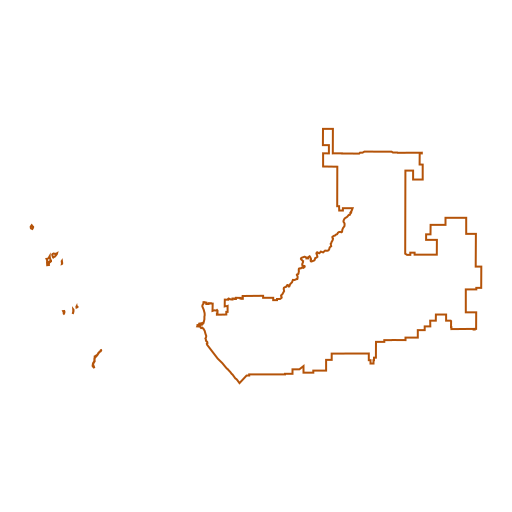 the district of Greater Geraldton, Western Australia, Australia
{"feature_id": "25037944B20957215446412", "entity_name": "Greater Geraldton", "entity_type": "district", "adm_level": 2, "iso_a3": "AUS", "parent_name": "Australia", "parent_adm1": "Western Australia", "projection": "natural_earth1", "projection_center": [114.652, -28.44], "detail": "fine", "context": "isolated", "style": "outline", "palette": "amber", "viewbox_px": 512, "rotation_deg": 0, "n_neighbors": 0, "source": "geoboundaries", "source_scale": "gbopen_adm2", "svg_char_len": 5984}
<svg xmlns="http://www.w3.org/2000/svg" viewBox="0 0 512 512"><path d="M203.5,302.1L203.3,303.9L202.5,305.1L202.3,306.1L202.4,306.6L203.7,309.7L204.6,313.1L204.7,315.1L204.4,316.7L204.4,319.3L203.8,321.9L203.1,322.3L203.4,322.2L203.3,322.5L203.6,322.5L203.5,323.0L203.0,323.3L202.9,323.1L203.2,322.5L203.2,322.4L202.8,323.3L203.0,323.5L202.4,324.0L202.4,324.3L201.9,324.5L201.8,323.9L201.8,324.0L201.6,324.5L201.8,324.4L201.8,324.7L200.1,324.9L200.5,323.9L201.3,323.7L201.2,323.7L201.3,323.5L201.3,323.3L201.2,323.6L201.2,323.3L200.5,323.5L200.2,324.1L199.8,324.3L199.7,324.8L199.4,324.6L199.3,324.2L200.1,324.0L200.0,323.9L200.0,323.5L199.3,323.6L199.3,324.1L198.8,324.7L197.4,325.1L197.5,326.0L197.3,326.4L200.0,326.6L200.6,327.1L200.7,327.7L201.1,328.1L201.8,328.0L202.4,328.2L202.5,327.9L203.4,328.6L204.7,330.9L205.5,333.9L206.2,335.8L206.2,336.5L205.9,337.7L205.4,338.4L205.9,339.5L205.9,340.3L206.2,341.1L206.9,341.5L207.3,342.1L207.4,343.1L207.0,343.4L207.2,343.7L206.9,344.1L207.2,344.9L217.7,358.6L222.3,363.1L225.9,367.5L227.1,368.8L227.9,369.3L228.2,369.8L230.3,372.0L231.7,373.9L232.5,374.5L235.4,378.5L236.3,379.0L237.2,380.0L239.5,383.1L246.6,375.5L249.2,375.5L249.2,374.4L285.0,374.4L285.0,373.8L292.5,373.8L292.5,369.3L299.4,369.3L303.5,366.1L303.5,372.7L313.3,372.7L313.3,370.6L326.1,370.6L326.1,359.9L331.7,359.9L331.7,353.6L368.8,353.5L368.8,360.2L370.5,360.2L370.5,363.5L373.5,363.5L373.5,360.2L374.0,360.2L374.0,357.7L375.9,357.7L376.0,341.9L384.3,341.9L384.3,340.1L391.8,340.1L392.0,340.0L405.5,340.1L405.5,337.6L417.8,337.6L417.8,330.1L424.7,330.1L424.7,326.4L430.3,326.4L430.2,320.7L435.8,320.7L435.9,314.5L446.1,314.5L446.1,320.7L450.7,320.7L451.1,321.1L451.0,327.2L451.4,327.2L451.4,329.1L473.6,328.9L473.6,329.5L474.7,329.5L474.7,328.9L476.1,328.9L476.2,312.3L465.8,312.3L465.8,289.4L476.3,289.4L476.3,287.9L481.2,287.9L481.3,266.6L475.7,266.6L475.9,233.9L466.2,233.9L466.2,217.8L445.5,217.8L445.5,224.9L430.6,224.9L430.5,234.3L426.1,234.3L426.1,239.9L436.9,239.9L436.8,254.7L414.6,254.7L414.6,252.7L410.3,252.7L410.3,254.9L407.1,254.9L405.2,253.7L405.4,170.6L413.1,170.6L413.1,179.5L422.7,179.5L422.7,164.6L419.6,164.5L419.7,153.3L421.8,153.4L421.8,152.7L397.6,152.8L397.3,152.5L392.9,152.5L391.6,151.7L364.4,151.6L362.5,152.7L360.0,152.7L359.2,153.6L341.9,153.5L341.9,153.3L333.9,153.3L332.8,153.4L332.9,128.9L323.0,128.9L322.9,145.1L328.9,145.1L328.9,153.4L323.1,153.3L323.1,166.5L337.3,166.7L337.2,206.2L339.1,206.2L339.2,210.5L342.9,210.5L342.9,208.2L352.6,208.2L351.8,210.4L350.5,212.5L350.8,212.7L351.2,212.3L351.1,212.8L350.7,213.0L349.7,214.9L349.0,214.8L348.6,215.1L347.2,216.8L344.7,218.4L344.0,219.6L343.5,220.9L343.5,221.8L344.3,223.0L344.6,223.8L344.5,225.7L344.4,226.2L343.0,228.1L342.3,229.9L342.1,231.5L341.9,232.0L341.3,232.3L340.4,231.9L339.1,232.0L338.0,232.7L337.1,234.2L335.8,234.7L334.9,235.6L333.7,235.9L332.4,236.9L332.4,237.8L333.0,238.5L333.0,238.9L332.5,240.5L331.6,241.9L331.3,243.0L330.7,243.8L331.2,246.2L329.7,247.4L329.1,249.5L328.4,250.4L327.1,250.8L325.1,250.6L323.1,252.4L320.8,251.6L319.7,252.9L319.2,253.3L318.1,252.9L317.5,252.3L316.9,252.4L316.5,253.0L316.4,253.6L317.0,254.9L317.4,256.8L316.5,257.6L315.2,258.1L314.7,259.9L314.1,260.5L311.5,261.5L310.8,261.3L310.6,260.3L310.7,259.8L311.0,259.5L311.0,259.0L310.3,257.3L309.6,256.3L308.1,257.3L308.1,258.4L306.4,258.4L306.4,257.5L304.6,256.7L301.8,257.7L301.0,258.3L300.9,258.9L301.1,259.3L303.1,261.1L302.9,261.5L303.0,262.2L302.2,264.1L302.3,265.2L302.7,265.7L304.5,266.0L304.7,266.4L304.6,266.9L303.4,267.9L301.7,267.6L300.8,268.4L299.3,268.4L298.9,268.7L298.7,270.1L298.9,271.1L298.4,273.8L298.1,274.1L297.1,274.4L296.8,274.9L297.6,276.4L297.6,277.9L297.3,279.0L296.6,278.9L296.0,279.4L294.4,280.0L292.9,279.9L292.0,282.3L290.2,284.1L289.3,286.4L288.6,286.5L288.2,285.5L287.8,285.0L287.5,285.0L287.1,285.2L286.0,286.9L284.6,287.3L283.9,287.8L283.7,288.9L284.1,291.1L282.3,294.3L281.1,295.4L281.1,296.1L281.7,297.2L281.5,297.9L280.0,299.0L277.0,299.0L277.0,300.1L273.2,300.1L273.2,297.8L263.1,297.8L263.1,295.8L242.6,296.0L242.5,296.7L242.8,296.9L242.8,298.8L241.4,298.8L241.4,298.4L240.3,298.4L240.3,297.9L235.9,297.8L235.9,299.0L234.5,299.0L234.3,298.5L232.5,298.5L232.5,299.5L231.8,299.5L230.6,299.4L228.6,298.5L228.2,298.8L228.2,299.7L224.8,299.6L224.7,306.4L225.8,306.1L227.2,306.2L227.6,306.0L227.6,311.9L226.3,311.9L226.3,314.5L224.2,314.6L216.9,314.7L216.9,313.3L217.5,313.0L217.5,310.6L217.0,310.0L216.3,310.6L214.3,310.3L212.5,310.9L212.7,303.6L210.8,303.5L210.8,303.2L208.6,303.2L208.6,304.0L206.5,304.0L206.3,304.0L206.3,302.6L204.9,302.6L204.7,302.1L203.5,302.1ZM47.0,261.9L47.2,265.2L48.9,265.0L48.8,264.3L49.0,263.9L49.1,263.3L48.9,263.3L49.2,262.4L48.9,262.1L49.4,261.6L50.2,261.8L50.3,261.1L51.0,261.1L51.0,260.5L50.6,260.2L50.2,258.8L49.7,258.1L49.9,257.5L49.7,257.1L49.7,256.1L48.5,258.2L47.5,258.8L46.5,258.9L47.4,261.2L47.4,261.5L47.0,261.9ZM52.9,257.1L53.2,257.5L53.7,257.0L54.6,256.8L55.9,255.4L56.9,254.0L57.1,253.2L56.6,253.5L56.2,254.2L55.6,254.4L55.0,253.7L54.4,253.8L53.7,253.5L52.6,254.0L52.2,254.7L52.9,257.1ZM94.3,361.2L93.0,363.3L92.6,365.8L92.8,366.5L93.3,366.9L93.7,366.9L93.9,367.4L94.1,367.3L93.7,366.0L93.2,365.4L93.2,363.7L94.7,361.2L94.5,360.0L94.8,357.9L97.2,355.3L98.9,352.7L99.8,351.8L100.7,351.3L101.2,350.3L101.1,350.1L100.8,350.2L100.4,351.3L99.5,351.7L99.1,352.4L98.4,352.9L98.3,353.3L97.3,354.8L95.9,355.7L96.2,355.9L95.1,357.1L94.8,357.1L94.9,356.7L94.7,356.7L94.7,357.4L94.4,358.6L94.3,361.2ZM30.8,227.9L31.0,228.4L32.3,229.0L33.1,227.6L33.1,226.8L32.6,226.6L32.3,225.9L31.7,225.2L30.7,226.6L30.8,227.9ZM64.5,312.0L64.2,311.0L63.1,311.1L63.8,312.7L63.7,313.6L63.9,313.8L64.1,313.6L64.2,312.9L64.5,312.0ZM73.2,309.3L73.3,311.3L72.7,313.9L73.0,313.3L73.5,311.2L73.5,309.7L73.2,309.3ZM76.5,307.5L77.2,307.3L78.2,306.3L77.5,306.8L76.9,306.8L76.7,307.0L76.6,306.3L76.4,306.7L76.5,307.5ZM61.9,263.9L62.1,263.8L62.2,263.2L61.9,260.9L61.7,261.2L62.0,263.4L61.9,263.9Z" fill="none" stroke="#b45309" stroke-width="2"/></svg>